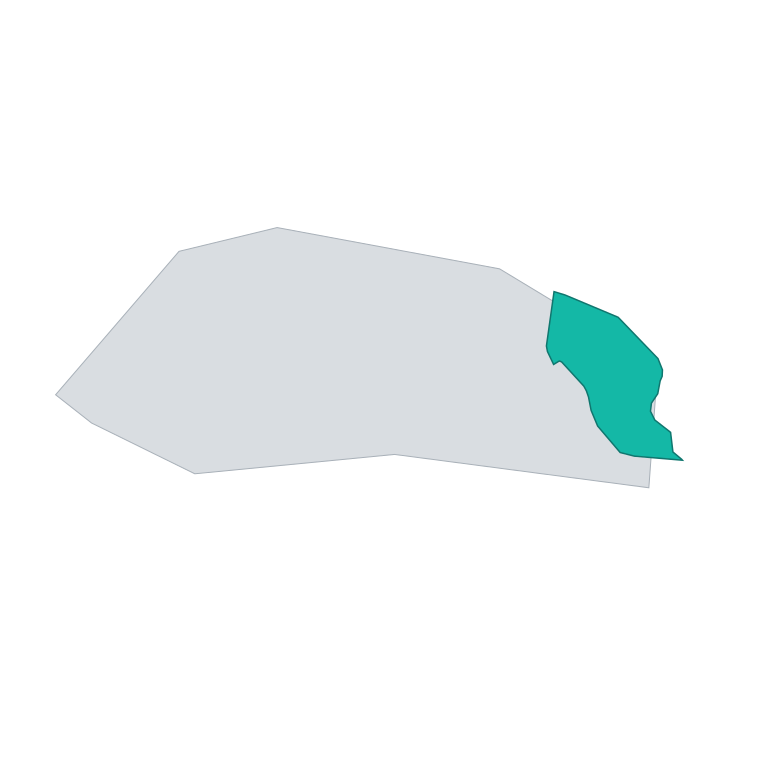 location of Saint Patrick within Dominica, rotated 289°
{"feature_id": "DMA-1439", "entity_name": "Saint Patrick", "entity_type": "Parish", "adm_level": 1, "iso_a3": "DMA", "parent_name": "Dominica", "parent_adm1": "", "projection": "robinson", "projection_center": [-61.309, 15.272], "detail": "fine", "context": "in_parent", "style": "filled", "palette": "teal", "viewbox_px": 768, "rotation_deg": 289, "n_neighbors": 0, "source": "natural_earth", "source_scale": "10m", "svg_char_len": 700}
<svg xmlns="http://www.w3.org/2000/svg" viewBox="0 0 768 768"><g transform="rotate(289 384 384)"><path d="M491.5,636.6L372.1,668.2L320.8,416.8L237.5,234.3L251.9,120.2L266.9,77.0L442.7,147.0L497.1,232.0L530.5,455.8L491.5,636.6Z" fill="#d9dde1" stroke="#a8b0b8" stroke-width="1"/><path d="M526.7,514.7L527.1,526.3L523.3,583.7L497.2,634.8L488.0,642.7L481.8,644.5L476.8,644.1L463.9,646.0L453.0,643.1L445.0,644.8L438.1,651.8L431.6,670.7L413.8,679.3L409.7,690.0L409.1,691.0L397.3,644.2L396.1,629.6L413.8,599.7L426.5,588.4L438.3,581.6L443.4,577.6L447.0,573.7L462.7,544.8L462.9,542.6L462.3,541.8L457.7,538.0L467.9,528.0L472.8,525.2L526.7,514.7Z" fill="#14b8a6" stroke="#0f766e" stroke-width="1.5"/></g></svg>